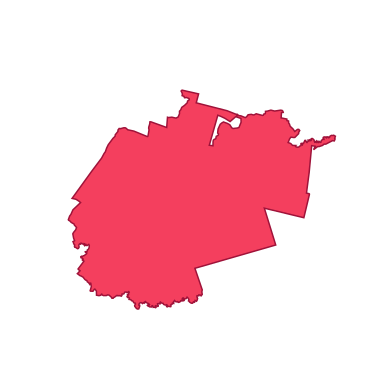 Raca, Arges, Romania, rotated 316°
{"feature_id": "2599482B74938824194628", "entity_name": "Raca", "entity_type": "district", "adm_level": 2, "iso_a3": "ROU", "parent_name": "Romania", "parent_adm1": "Arges", "projection": "albers", "projection_center": [25.033, 44.43], "detail": "fine", "context": "isolated", "style": "filled", "palette": "rose", "viewbox_px": 384, "rotation_deg": 316, "n_neighbors": 0, "source": "geoboundaries", "source_scale": "gbopen_adm2", "svg_char_len": 5954}
<svg xmlns="http://www.w3.org/2000/svg" viewBox="0 0 384 384"><g transform="rotate(316 192 192)"><path d="M254.6,288.2L274.8,275.3L275.1,274.9L275.0,274.5L273.6,272.3L289.9,259.3L310.3,241.8L312.4,244.7L309.4,245.8L309.4,246.1L313.9,246.6L315.1,247.7L318.3,249.2L320.2,249.3L321.5,250.5L328.8,252.7L329.8,254.1L331.1,253.6L331.8,253.2L331.8,252.6L333.9,251.5L333.4,249.6L332.9,249.5L331.6,248.1L330.0,247.7L329.0,248.2L328.2,248.1L327.8,247.7L328.2,246.8L327.5,246.3L326.4,246.3L326.7,245.6L326.0,245.2L325.9,244.7L324.7,243.9L323.8,244.2L323.8,245.3L323.5,245.8L322.7,245.0L321.1,244.8L320.3,245.0L319.5,245.7L318.7,245.4L318.6,243.8L317.4,244.3L317.0,243.9L317.4,242.8L316.3,242.8L316.8,241.8L315.3,242.0L314.8,241.6L314.9,241.4L315.7,241.3L315.2,240.6L315.9,239.4L315.9,237.7L315.6,236.9L314.8,236.5L313.9,237.6L313.1,237.6L312.9,237.3L313.2,236.5L313.1,236.2L312.7,236.1L311.9,236.6L311.4,236.4L311.7,235.5L311.6,235.3L310.6,236.1L309.1,236.3L308.9,235.9L309.3,235.1L309.1,234.7L309.6,233.8L309.0,233.3L306.2,234.4L305.7,234.1L305.2,234.3L305.3,233.7L305.0,233.5L304.0,234.7L303.8,234.3L304.6,233.1L304.4,232.9L303.7,233.0L303.2,233.9L302.5,234.3L301.3,233.8L300.5,233.9L299.6,233.6L298.7,232.7L298.1,231.4L298.3,230.6L298.9,230.6L296.7,228.3L296.7,225.7L295.5,223.2L299.3,221.5L301.3,221.3L303.1,223.6L303.9,224.2L309.2,224.1L310.0,223.3L312.2,222.6L312.3,221.1L311.3,220.2L308.0,219.9L308.5,216.4L308.3,214.2L308.4,212.5L309.3,210.9L309.4,209.6L310.8,208.0L309.9,206.6L310.9,205.4L307.6,200.6L311.6,197.0L312.9,198.1L313.5,197.0L313.5,195.9L312.6,194.7L307.7,191.2L305.6,187.9L302.3,186.1L300.9,185.0L299.6,186.3L299.0,186.5L297.8,185.8L296.6,186.3L295.9,185.9L292.5,180.3L290.4,179.7L289.6,179.1L288.6,177.3L286.0,175.4L283.6,175.8L282.2,175.6L281.8,175.1L280.1,171.2L278.8,169.6L278.5,167.7L277.5,168.4L276.5,168.6L276.2,169.0L278.3,173.1L275.8,175.9L270.6,178.2L269.1,177.5L265.6,174.8L265.2,173.4L265.9,169.9L265.1,167.2L263.3,163.5L261.3,163.0L259.3,162.9L254.5,164.8L251.4,167.4L251.4,168.7L250.2,169.4L248.1,168.8L246.1,170.2L244.3,169.5L243.3,169.6L242.0,170.5L239.2,173.3L236.9,170.4L263.9,154.7L265.3,157.7L266.8,161.7L268.3,167.8L275.9,168.2L276.6,168.5L277.5,168.2L278.1,167.6L273.7,157.9L257.0,130.8L264.9,126.0L255.6,111.8L254.3,111.8L253.8,113.6L253.0,115.0L251.8,115.8L252.7,117.7L252.1,118.8L252.2,119.2L253.6,120.1L254.8,122.7L254.5,123.4L254.0,123.7L252.0,123.5L250.6,124.5L246.8,124.5L243.4,124.0L240.9,125.1L239.1,125.2L237.4,127.0L234.1,128.4L231.8,127.7L229.5,124.2L226.7,122.0L226.3,121.2L218.6,128.0L211.2,113.0L210.5,112.3L208.8,113.7L206.1,115.2L205.2,115.9L204.2,117.5L199.3,121.1L198.7,121.3L198.3,121.0L192.5,107.8L189.0,102.6L188.9,100.4L188.5,99.3L187.2,98.2L184.8,96.9L183.7,95.7L181.8,96.0L180.8,97.0L176.6,97.5L175.3,98.5L172.5,98.5L164.6,99.8L161.1,101.1L157.5,102.9L155.6,103.2L150.6,104.8L134.3,107.4L101.3,113.3L103.5,116.7L104.3,120.1L104.5,122.2L94.0,122.1L89.3,124.0L87.3,124.3L83.8,126.0L83.6,126.6L84.0,127.8L84.0,130.0L84.9,133.2L84.4,134.1L84.3,137.3L82.1,138.4L78.7,138.8L77.2,139.3L74.8,142.9L73.7,145.5L71.9,145.0L71.4,146.5L70.9,147.0L70.9,148.5L69.7,149.4L69.3,150.2L69.9,151.3L70.2,153.2L71.1,153.7L72.5,153.2L73.7,151.5L75.1,151.2L75.6,152.2L75.9,152.2L76.6,151.7L77.1,152.4L77.6,155.0L78.2,154.9L78.6,154.3L78.8,154.6L78.7,155.0L77.6,156.1L78.5,156.5L79.2,156.3L79.0,157.2L79.2,157.6L81.3,158.0L80.9,159.2L79.4,160.5L77.7,161.2L76.4,161.0L76.1,161.4L74.9,161.9L74.2,161.1L73.6,160.9L73.5,161.5L74.0,162.6L73.4,163.2L70.0,162.8L69.6,162.4L68.5,162.2L68.0,161.5L67.0,161.3L66.7,161.7L66.5,162.5L67.1,163.0L67.1,164.6L66.6,165.0L66.1,164.6L65.8,164.9L66.3,166.4L66.2,166.7L56.6,168.2L56.4,168.7L56.7,170.9L52.8,171.1L53.3,174.3L53.9,175.5L54.5,177.7L54.2,180.2L54.3,181.5L54.8,182.4L54.8,183.0L54.3,183.7L54.6,185.4L54.3,187.4L55.5,186.9L55.8,187.3L53.9,190.1L50.1,192.3L50.1,192.8L51.8,194.6L54.3,194.1L54.7,194.4L54.5,196.5L54.2,197.1L51.6,199.9L53.1,202.0L54.5,202.8L56.1,202.7L56.2,202.9L55.8,203.6L56.4,205.1L58.7,207.2L59.6,207.2L60.7,208.5L60.9,212.0L60.6,212.8L61.2,213.4L61.7,213.7L62.2,213.4L63.1,213.8L66.0,214.2L66.2,214.8L66.8,214.9L67.3,216.0L68.1,216.3L68.7,217.8L69.6,217.8L70.8,216.8L72.1,217.9L74.2,217.4L75.3,218.4L75.4,219.3L77.3,219.7L77.2,220.5L75.7,221.0L75.2,221.7L74.9,221.7L74.3,221.1L73.7,222.3L73.0,221.9L72.5,222.2L72.5,223.4L73.3,224.2L73.3,224.7L72.1,225.5L73.2,226.9L73.0,228.2L73.7,229.2L73.3,230.9L73.3,231.7L74.0,232.7L73.4,233.4L72.0,233.7L71.4,234.5L71.1,237.3L71.7,238.6L72.5,239.1L73.4,238.7L75.1,237.8L75.7,237.1L75.2,236.4L76.0,235.8L76.9,235.6L78.3,235.9L78.8,236.6L78.8,237.8L80.1,237.9L80.3,238.8L81.1,238.9L81.0,238.2L82.4,238.4L82.4,239.8L82.7,241.0L83.2,241.9L83.3,243.4L82.8,243.5L81.6,242.4L81.1,242.5L81.1,243.1L81.2,243.7L81.8,243.9L81.6,245.0L82.9,246.5L84.0,246.0L84.7,246.4L83.9,248.0L84.7,248.5L85.5,250.0L86.0,250.0L86.5,248.5L87.0,248.6L87.1,249.4L87.9,249.9L87.8,250.4L88.2,250.7L88.8,250.3L89.2,248.9L89.6,248.4L90.6,249.1L91.2,250.3L91.8,250.1L92.2,249.3L92.6,249.1L92.9,249.2L93.1,251.1L93.9,252.0L93.5,253.0L93.7,253.7L94.5,255.1L95.6,255.5L95.4,256.4L94.2,256.7L94.2,257.1L94.5,257.5L95.4,257.6L97.0,259.7L97.8,259.4L98.3,258.5L99.0,258.4L99.9,258.9L100.7,258.4L101.4,259.5L101.9,259.1L102.2,258.2L104.1,257.9L104.0,259.4L104.9,260.7L105.6,260.9L105.5,261.9L106.0,262.3L107.3,262.7L108.4,262.4L108.7,262.9L109.0,262.9L109.0,263.3L110.6,264.5L111.3,264.5L111.9,263.7L110.8,263.0L111.0,262.6L110.7,262.1L111.4,261.8L112.1,262.1L112.3,263.7L113.6,264.6L115.4,264.2L115.5,265.0L115.2,267.0L113.8,267.9L114.0,268.6L113.8,269.5L114.2,271.4L115.2,272.4L116.8,272.0L117.1,272.2L117.0,272.9L117.2,273.0L117.4,272.6L118.1,272.7L118.9,272.2L119.4,273.7L120.5,273.4L122.1,272.5L122.3,271.7L122.7,271.3L122.7,270.8L123.6,270.1L124.7,271.3L125.2,270.8L125.6,270.8L126.2,271.9L126.5,272.1L126.4,273.0L128.2,272.8L129.7,270.7L131.4,269.5L141.1,248.9L215.4,288.3L232.8,253.9L254.6,288.2Z" fill="#f43f5e" stroke="#9f1239" stroke-width="1.5"/></g></svg>